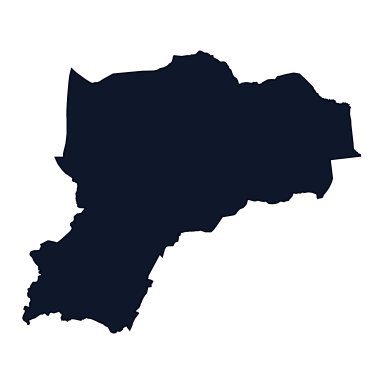 outline of Mueang Lop Buri, Lop Buri, Thailand
{"feature_id": "78962969B19058811012170", "entity_name": "Mueang Lop Buri", "entity_type": "district", "adm_level": 2, "iso_a3": "THA", "parent_name": "Thailand", "parent_adm1": "Lop Buri", "projection": "orthographic", "projection_center": [100.688, 14.804], "detail": "fine", "context": "isolated", "style": "filled", "palette": "ink", "viewbox_px": 384, "rotation_deg": 0, "n_neighbors": 0, "source": "geoboundaries", "source_scale": "gbopen_adm2", "svg_char_len": 5797}
<svg xmlns="http://www.w3.org/2000/svg" viewBox="0 0 384 384"><path d="M71.6,68.9L70.0,75.5L69.2,82.0L67.9,96.5L67.1,110.7L67.1,112.7L67.4,113.4L67.0,113.9L67.3,119.3L67.3,133.9L66.2,143.5L63.8,153.2L63.7,157.4L55.3,157.4L58.1,163.6L62.4,169.5L65.8,173.0L73.0,177.8L72.7,180.5L73.6,181.2L75.2,181.5L76.3,182.4L77.0,182.6L77.9,183.5L78.1,183.9L77.8,184.5L78.1,186.1L77.6,188.2L77.4,191.0L76.1,193.6L76.6,196.3L76.2,198.6L76.6,199.6L76.6,200.3L76.9,200.3L76.9,201.1L77.1,201.2L77.1,203.3L77.7,203.4L78.0,204.7L77.8,206.1L78.4,206.8L80.0,207.4L83.2,207.5L84.9,207.8L85.3,208.4L81.7,213.3L78.8,214.1L77.4,214.1L74.6,216.5L74.4,217.6L74.6,219.6L74.0,221.1L73.6,221.6L71.3,223.1L70.7,224.0L70.8,225.3L72.3,227.6L72.6,228.8L72.0,229.3L70.9,231.4L60.8,240.5L57.1,243.2L54.7,242.4L49.0,241.1L47.9,241.1L46.9,241.5L43.9,243.2L40.9,244.6L41.7,246.2L39.8,250.4L38.3,250.8L35.6,250.8L33.4,251.1L31.1,252.0L30.3,253.6L30.3,254.8L30.9,255.6L32.7,257.3L33.8,260.1L35.8,263.2L38.7,266.0L38.9,266.7L38.8,269.4L39.3,269.8L40.6,270.1L41.0,270.6L40.5,271.4L39.2,271.9L39.1,272.5L39.6,273.0L41.2,273.6L41.7,274.4L41.6,275.2L40.9,276.0L39.1,276.2L38.6,276.5L38.6,278.6L38.0,281.2L37.4,281.5L37.0,282.3L36.2,282.6L34.7,282.5L33.9,282.8L33.4,282.4L32.6,283.0L31.9,284.6L31.2,285.4L30.8,286.4L30.8,287.8L28.2,289.2L29.1,291.9L27.9,293.1L28.0,295.7L29.1,297.2L30.1,297.4L30.8,297.9L31.1,301.0L29.7,303.2L30.0,306.6L29.8,307.0L28.4,307.7L26.6,306.8L25.2,306.5L24.9,306.7L24.1,309.1L24.9,309.4L25.3,309.8L25.6,311.8L23.5,315.9L23.0,317.9L23.2,318.8L23.9,320.1L27.4,322.5L27.8,323.3L27.8,324.2L28.6,324.2L29.2,323.7L29.1,322.7L28.5,321.3L28.7,319.7L30.0,319.5L32.2,318.4L34.7,317.7L39.6,314.3L40.9,313.8L42.3,313.9L43.1,313.5L43.5,312.6L45.9,313.4L47.4,315.0L48.0,315.1L48.6,314.7L49.1,312.9L49.9,312.5L50.4,312.0L51.9,312.1L53.8,312.7L57.7,311.5L59.3,310.6L60.7,312.8L61.0,313.0L61.9,313.0L62.0,313.2L62.4,315.2L61.3,317.9L62.0,319.9L62.9,319.6L63.9,320.1L64.3,319.9L64.5,319.4L64.8,319.3L67.6,320.9L68.1,320.0L70.4,319.5L71.0,318.4L73.0,318.6L73.2,318.4L80.9,320.1L81.3,319.8L81.3,319.3L81.6,318.9L82.5,318.8L83.4,319.0L84.5,317.9L85.5,317.9L86.6,317.1L88.1,318.0L90.7,318.1L97.4,321.0L99.6,322.2L103.3,323.6L104.1,324.4L105.4,324.8L105.3,325.4L108.3,326.7L110.7,331.3L111.3,331.9L112.8,332.6L114.3,332.7L115.7,332.5L115.9,332.0L117.4,330.6L119.3,331.1L119.9,331.1L122.2,329.3L122.3,327.8L126.3,325.5L126.6,325.6L129.7,329.9L131.5,325.9L132.5,322.5L134.4,318.4L138.3,313.4L137.8,312.7L134.4,311.7L136.5,309.2L138.1,308.0L139.4,306.4L140.1,304.0L142.3,298.8L143.3,296.9L145.6,293.4L146.0,293.5L146.3,292.8L147.2,289.1L147.3,286.9L150.9,286.4L150.8,284.6L151.1,283.0L151.6,283.2L152.6,281.3L150.6,280.3L147.0,279.4L147.7,277.5L147.9,276.1L147.7,276.0L159.7,253.7L162.2,256.6L164.3,249.0L165.6,246.7L167.9,245.5L172.8,245.5L174.0,243.1L175.4,241.5L177.5,241.2L177.9,239.9L178.2,236.9L178.1,235.1L179.2,235.0L179.6,235.3L179.9,235.1L180.4,232.3L182.7,232.0L185.7,231.1L186.9,231.2L190.5,230.8L192.0,231.0L192.5,230.7L194.1,230.8L195.7,230.4L198.0,230.5L200.3,229.9L205.7,231.6L211.0,231.6L213.6,229.0L218.6,222.1L222.2,216.6L233.3,214.7L234.5,214.3L235.7,213.3L236.9,211.5L238.9,209.2L239.6,208.7L243.2,207.2L245.6,204.7L246.2,203.7L247.4,198.9L254.6,200.8L258.1,200.0L262.6,201.2L264.3,201.2L265.2,201.0L266.4,201.1L268.3,202.9L269.3,203.3L272.5,203.5L275.5,203.2L277.8,202.5L280.2,200.8L284.0,201.5L285.9,200.6L288.4,200.2L289.4,198.6L291.7,196.3L293.0,192.9L293.4,192.6L296.2,193.2L298.0,192.7L300.2,192.9L302.3,191.8L304.4,192.3L308.3,191.6L312.3,192.1L316.5,193.7L317.2,194.5L317.3,197.4L317.8,198.3L318.8,197.9L321.6,197.5L322.5,196.8L323.2,194.7L326.1,191.2L328.7,187.4L331.1,182.5L332.3,178.4L330.0,159.5L361.0,155.9L360.4,155.7L360.3,154.9L359.6,154.9L359.1,154.2L358.7,154.4L358.1,154.1L357.5,152.9L356.9,152.4L356.0,152.3L355.8,151.9L355.2,151.4L355.0,150.8L354.3,150.2L353.7,150.2L353.6,149.6L353.2,149.4L352.8,143.3L350.7,124.8L350.5,119.9L349.6,116.2L349.3,113.6L349.6,108.7L350.2,107.5L349.8,107.0L349.2,107.0L348.6,105.9L348.3,105.9L348.7,104.8L347.3,104.9L347.3,104.0L346.7,104.1L346.2,103.7L345.6,104.2L345.2,103.2L344.0,103.6L343.4,103.1L343.0,103.4L342.4,103.3L342.3,103.8L341.4,104.3L340.4,104.1L340.2,104.5L339.7,104.1L339.1,104.2L338.0,103.6L337.5,104.0L335.9,103.1L335.4,103.1L334.9,102.4L335.1,101.8L334.8,101.6L334.9,101.2L334.7,100.9L333.9,100.8L333.3,100.1L331.9,100.5L331.7,100.3L331.3,100.5L330.6,100.6L329.7,100.0L329.5,100.6L329.0,100.5L328.4,100.7L327.6,99.9L327.2,99.9L326.8,99.5L326.1,99.9L325.5,99.6L325.4,99.3L324.2,99.5L323.6,98.9L323.1,99.1L323.0,98.8L321.6,98.4L320.9,97.9L320.8,97.4L320.0,97.4L319.9,96.9L318.8,96.3L318.5,95.3L317.8,94.8L317.8,94.1L316.1,93.1L315.3,92.4L315.2,91.6L314.3,90.1L313.3,89.9L313.2,88.3L312.6,87.2L304.7,79.2L299.0,74.0L298.2,74.2L297.1,73.8L293.4,73.3L285.5,74.9L279.6,76.5L277.9,76.7L277.3,77.2L275.3,80.0L271.7,79.7L267.9,80.1L262.7,82.9L262.1,83.6L261.9,84.6L261.6,84.9L261.0,84.7L261.0,84.3L260.5,84.3L260.3,84.8L259.8,84.9L258.9,84.5L258.2,84.5L256.9,83.7L256.8,82.7L256.3,82.5L255.0,82.9L253.7,82.6L251.6,83.7L247.7,82.9L245.3,82.9L241.9,83.5L240.2,84.5L239.6,84.6L238.8,84.4L238.2,83.8L237.3,80.6L236.0,78.5L234.1,77.5L232.4,75.2L230.6,70.0L228.6,68.6L228.2,66.5L226.9,65.2L226.3,63.7L225.6,63.0L223.8,62.1L221.0,62.4L219.8,62.1L217.4,60.1L213.4,58.1L212.8,57.3L212.7,55.7L210.2,56.1L208.9,54.5L206.9,53.4L204.3,53.3L201.4,51.6L199.7,51.3L199.2,51.4L197.0,53.7L195.5,54.8L193.8,55.2L191.6,55.1L190.3,56.0L187.5,55.8L181.6,56.7L174.1,55.9L173.7,56.4L173.0,59.9L171.9,62.8L169.5,64.1L168.4,65.4L166.7,66.7L163.7,68.0L160.0,68.9L158.3,70.0L156.8,70.6L153.9,71.2L142.0,71.5L113.2,74.2L103.2,79.7L99.8,82.0L98.7,82.4L98.9,82.9L95.0,82.9L95.1,83.2L92.1,83.6L90.7,83.1L85.1,79.7L75.9,72.9L71.6,68.9Z" fill="#0f172a" stroke="#020617" stroke-width="1.5"/></svg>